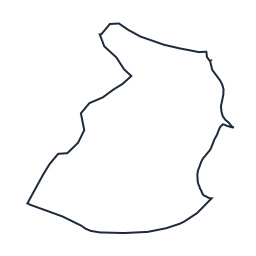 the district of Hwangju, Hwanghae-bukto, North Korea, rotated 176°
{"feature_id": "82179303B1056018992840", "entity_name": "Hwangju", "entity_type": "district", "adm_level": 2, "iso_a3": "PRK", "parent_name": "North Korea", "parent_adm1": "Hwanghae-bukto", "projection": "mercator", "projection_center": [125.698, 38.725], "detail": "fine", "context": "isolated", "style": "outline", "palette": "slate", "viewbox_px": 256, "rotation_deg": 176, "n_neighbors": 0, "source": "geoboundaries", "source_scale": "gbopen_adm2", "svg_char_len": 1291}
<svg xmlns="http://www.w3.org/2000/svg" viewBox="0 0 256 256"><g transform="rotate(176 128 128)"><path d="M49.5,52.0L51.3,52.2L52.8,52.9L54.1,53.8L55.6,54.7L57.3,55.6L58.4,57.4L59.3,60.3L60.4,62.7L60.9,64.8L61.7,67.0L62.1,68.8L62.2,71.3L62.1,73.5L62.1,76.4L61.7,78.5L60.9,81.4L59.7,83.8L58.6,86.3L57.4,89.0L56.0,91.4L54.9,92.8L52.8,95.0L50.2,97.7L48.0,100.0L46.5,102.4L45.1,105.2L43.6,108.5L42.5,110.8L39.7,115.0L38.6,117.5L37.3,120.2L36.0,122.6L33.1,125.1L31.2,124.4L29.0,123.1L27.3,122.6L25.1,121.7L22.4,121.0L24.6,122.5L27.1,126.3L30.2,129.2L32.6,133.0L33.6,137.7L33.8,143.0L31.8,150.2L30.6,154.5L30.0,160.0L31.0,164.8L32.8,169.0L39.9,180.0L41.4,188.8L40.8,189.5L41.9,189.5L44.3,193.3L44.5,198.3L44.6,198.6L52.2,198.8L61.3,201.3L70.5,203.7L86.5,208.6L97.9,213.5L109.3,218.4L120.7,225.7L129.8,232.9L138.9,233.0L143.5,228.1L148.2,223.3L149.7,223.3L148.2,218.5L146.0,211.2L141.4,206.3L134.6,199.1L127.9,186.9L121.1,179.6L130.3,172.4L139.5,167.6L151.0,160.3L164.8,155.5L174.0,145.9L171.8,128.9L178.8,116.8L190.3,107.1L199.5,107.1L208.7,97.5L215.7,87.8L225.0,73.3L233.6,59.8L230.2,57.9L227.2,56.6L199.5,44.3L181.4,33.8L177.5,30.6L172.4,28.0L163.4,25.8L139.4,23.5L115.6,23.0L97.2,25.3L83.3,28.8L78.7,30.6L65.0,38.3L64.8,38.5L49.5,52.0Z" fill="none" stroke="#1e293b" stroke-width="2"/></g></svg>